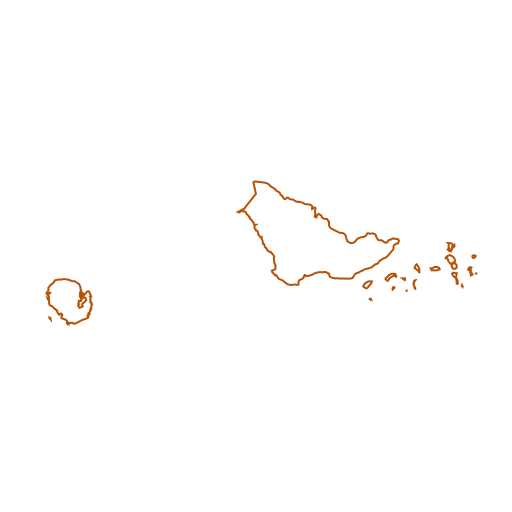 Biak Numfor, Papua, Indonesia (Albers equal-area conic projection), rotated 348°
{"feature_id": "22746128B19254678251292", "entity_name": "Biak Numfor", "entity_type": "district", "adm_level": 2, "iso_a3": "IDN", "parent_name": "Indonesia", "parent_adm1": "Papua", "projection": "albers", "projection_center": [135.909, -1.013], "detail": "fine", "context": "isolated", "style": "outline", "palette": "amber", "viewbox_px": 512, "rotation_deg": 348, "n_neighbors": 0, "source": "geoboundaries", "source_scale": "gbopen_adm2", "svg_char_len": 6049}
<svg xmlns="http://www.w3.org/2000/svg" viewBox="0 0 512 512"><g transform="rotate(348 256 256)"><path d="M247.6,209.2L248.8,209.9L251.1,208.8L252.1,208.8L252.8,209.8L253.8,209.8L255.0,210.8L255.9,213.8L256.9,214.9L257.4,216.6L258.0,216.8L257.8,218.1L259.2,219.7L259.3,221.0L260.6,222.7L260.4,223.8L260.8,225.0L262.4,225.4L260.9,226.0L260.4,227.5L260.6,229.3L261.2,229.8L261.3,231.1L262.5,231.7L262.9,233.3L262.7,235.8L264.0,237.4L264.2,238.8L264.9,239.2L265.5,238.9L265.2,240.9L265.7,243.4L265.2,245.4L266.2,245.9L266.6,246.9L266.4,248.2L266.9,249.8L267.7,250.4L268.2,252.8L270.4,255.0L271.2,255.0L273.3,258.9L273.7,260.3L273.0,261.7L272.5,266.4L273.2,269.4L272.7,269.9L272.6,272.1L272.0,273.0L268.5,273.7L268.8,274.2L268.5,275.0L270.6,278.8L271.2,278.5L272.0,279.2L273.2,282.5L274.0,283.4L276.8,285.3L280.9,290.2L284.3,291.7L288.2,291.9L289.9,292.7L291.6,292.8L292.0,290.5L293.3,288.7L297.4,287.6L298.2,286.4L299.8,286.0L299.3,285.0L299.6,284.7L300.1,284.8L300.4,285.7L302.7,286.4L307.8,285.9L308.8,285.3L312.9,284.8L316.5,285.3L317.5,285.9L318.9,285.7L321.1,286.2L322.4,287.7L323.7,288.2L323.8,291.5L325.2,292.7L329.3,294.6L330.3,294.4L331.5,295.0L342.6,297.6L345.8,297.7L348.9,294.5L351.1,293.6L352.5,293.7L355.2,292.7L357.2,292.5L358.0,291.9L358.6,291.8L359.0,292.3L358.9,291.8L360.1,291.6L366.3,291.3L370.7,289.1L373.9,288.5L375.6,286.6L380.2,284.9L382.7,284.5L385.4,282.9L391.8,277.9L392.7,274.7L395.0,273.2L397.5,273.2L399.0,270.8L398.5,269.1L393.2,267.2L391.7,267.9L389.6,267.9L386.6,270.1L384.8,269.6L382.1,266.6L380.2,266.5L378.7,265.4L377.9,263.4L377.3,259.8L375.1,258.2L372.5,258.0L370.1,257.0L369.3,257.2L368.0,258.9L365.5,259.7L362.6,259.5L359.1,260.1L355.0,263.1L352.4,263.3L351.1,263.0L348.5,260.7L347.9,256.9L348.0,254.7L346.6,252.3L345.2,251.3L342.9,250.9L334.7,244.3L333.7,241.4L334.5,237.9L333.1,234.6L329.7,233.5L328.4,231.7L328.3,230.0L326.1,227.9L323.9,229.0L323.2,230.8L321.6,229.8L322.9,227.2L322.7,226.7L323.1,224.3L324.1,221.7L324.0,221.0L322.3,220.7L321.3,221.7L320.6,221.7L321.3,219.1L320.8,218.1L319.3,216.8L314.8,215.5L312.8,213.6L309.0,211.7L308.6,211.9L306.7,211.2L303.6,208.3L300.9,207.5L299.6,205.7L298.5,205.3L297.1,206.2L295.8,206.3L294.7,204.8L294.3,203.0L292.8,201.3L292.3,198.9L289.1,196.0L288.3,194.1L285.3,191.5L282.8,187.8L280.1,186.2L270.6,182.9L268.8,183.2L268.8,195.2L254.3,207.2L247.6,209.2ZM57.6,237.8L55.0,238.2L54.5,237.9L51.4,240.7L49.3,241.4L46.2,244.0L45.9,246.4L43.2,249.0L43.8,249.7L46.8,248.9L47.1,249.2L44.2,251.0L44.9,252.3L44.7,254.4L43.9,254.8L43.3,254.0L43.4,255.2L44.5,256.4L43.7,258.6L44.1,259.4L43.8,260.5L44.7,261.9L46.1,262.6L48.0,265.8L49.0,266.6L49.3,267.5L50.2,268.0L50.0,269.3L50.9,272.2L51.3,272.5L52.8,271.6L53.9,272.3L53.7,273.1L54.7,272.6L53.6,274.1L52.9,276.5L56.2,278.4L57.4,279.7L57.6,280.6L57.0,282.6L57.6,283.8L58.4,283.9L57.9,282.7L58.9,282.2L60.5,283.0L61.8,282.9L63.0,283.4L63.3,284.2L65.0,284.6L72.2,282.6L78.8,281.6L79.1,281.2L78.0,280.5L79.0,280.7L78.9,280.0L79.8,279.4L79.3,278.9L80.9,278.2L80.6,277.7L81.1,277.7L80.8,276.8L81.4,276.8L81.7,275.9L82.6,275.3L82.5,274.7L83.8,273.9L83.3,273.1L83.9,272.7L84.8,270.0L85.6,269.3L85.3,267.5L84.5,267.3L84.4,267.1L84.8,267.1L85.0,266.2L84.7,264.3L85.5,263.5L85.1,261.5L86.4,261.2L85.2,255.9L83.5,255.6L81.0,257.6L80.4,257.6L79.2,259.1L79.0,260.5L80.5,261.6L80.8,263.9L78.1,265.8L76.6,266.2L75.8,267.3L76.0,269.3L72.6,270.0L71.6,267.7L72.9,266.4L72.3,266.0L72.4,265.0L71.9,264.7L72.7,264.8L73.4,263.0L74.1,263.4L75.1,262.9L75.0,263.6L75.6,263.6L76.4,262.0L75.4,259.2L75.4,257.9L76.1,256.7L76.1,255.3L77.9,253.6L77.5,251.9L77.8,250.2L77.1,246.6L73.2,242.9L71.0,242.4L67.4,240.1L63.4,238.6L59.1,238.4L57.6,237.8ZM448.7,297.8L445.9,295.4L443.3,295.8L441.6,296.8L441.1,297.7L442.7,298.2L443.2,299.8L443.0,301.0L444.5,303.9L445.7,304.0L449.2,303.0L449.7,302.3L449.6,300.1L448.7,297.8ZM364.1,305.0L360.9,304.2L357.1,305.3L354.6,307.8L354.7,308.5L357.0,310.6L358.3,310.4L363.2,306.5L364.1,305.0ZM384.9,301.7L382.3,302.2L378.0,305.0L377.8,305.5L378.8,307.0L379.8,307.7L382.4,305.2L387.0,303.9L389.3,306.0L388.6,304.6L388.8,302.9L387.8,302.1L384.9,301.7ZM448.7,283.7L446.5,283.3L447.1,284.1L445.9,288.7L446.6,288.6L447.0,289.4L446.5,289.7L445.9,289.0L444.9,289.4L446.3,291.5L447.6,292.0L449.7,289.5L449.4,288.9L450.0,287.4L450.6,287.8L451.0,287.4L450.5,285.1L448.7,283.7ZM428.8,303.9L425.2,304.7L424.3,304.4L424.8,306.5L429.8,307.7L432.9,307.2L432.6,305.6L430.4,304.2L428.8,303.9ZM447.3,304.2L445.3,305.9L445.3,307.1L446.1,309.4L447.7,310.0L449.6,309.4L450.4,306.9L449.5,304.9L448.8,304.3L447.3,304.2ZM413.2,302.3L411.5,297.6L410.1,298.3L408.6,300.7L411.3,303.7L412.6,306.7L412.5,304.7L413.2,302.3ZM445.0,313.3L444.1,314.1L444.3,315.6L445.7,317.8L446.4,318.2L447.1,320.5L447.5,320.5L447.1,318.5L448.8,314.6L445.0,313.3ZM468.1,303.2L470.2,302.8L470.8,301.5L469.9,300.7L468.4,300.6L467.6,301.1L467.5,302.3L468.1,303.2ZM463.3,311.3L461.3,312.2L460.8,313.1L460.9,313.9L462.4,313.9L462.6,313.0L464.2,312.1L463.3,311.3ZM77.4,259.4L77.0,258.6L75.9,259.5L76.7,261.6L77.5,261.5L78.1,260.4L78.2,259.3L77.4,259.4ZM78.6,259.1L79.4,257.3L78.8,256.3L78.0,256.3L77.3,258.5L78.6,259.1ZM447.7,325.0L448.1,321.8L447.8,320.9L447.2,320.7L446.6,324.5L447.0,325.2L447.7,325.0ZM406.8,312.9L405.9,312.9L405.2,313.5L404.2,316.2L404.1,317.1L404.9,322.1L405.1,320.0L404.2,317.6L404.6,315.7L405.3,314.3L406.8,312.9ZM397.2,308.9L394.6,308.3L397.0,311.2L396.7,310.0L397.2,308.9ZM382.6,317.3L384.8,315.9L384.9,315.4L383.8,315.0L382.5,316.9L382.6,317.3ZM464.0,319.1L463.6,318.0L462.2,318.6L462.2,319.6L464.0,319.1ZM75.9,259.2L76.6,258.5L77.2,256.6L76.0,257.5L75.6,259.0L75.9,259.2ZM359.6,322.9L359.4,321.6L358.3,321.6L358.3,322.1L359.6,322.9ZM451.5,327.2L451.0,328.1L451.6,329.1L451.9,328.4L451.5,327.2ZM41.9,275.4L42.0,273.8L41.2,273.3L41.3,274.2L41.9,275.4ZM462.2,317.0L462.9,316.0L463.1,314.9L462.0,316.2L462.2,317.0ZM451.0,288.9L452.3,287.5L452.3,286.7L450.8,288.6L451.4,288.2L451.0,288.9ZM467.4,319.1L468.7,318.4L466.8,319.2L467.4,319.1ZM396.1,322.3L396.1,321.3L396.4,320.1L396.0,321.4L396.1,322.3Z" fill="none" stroke="#b45309" stroke-width="2"/></g></svg>